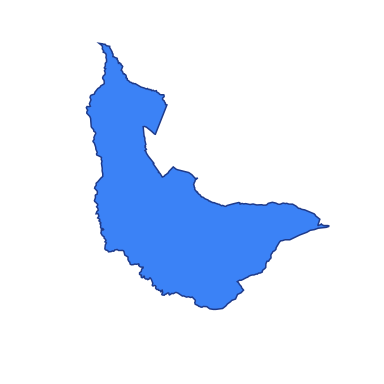 Antonio Ante, Imbabura, Ecuador, rotated 291°
{"feature_id": "8360857B41675882344987", "entity_name": "Antonio Ante", "entity_type": "district", "adm_level": 2, "iso_a3": "ECU", "parent_name": "Ecuador", "parent_adm1": "Imbabura", "projection": "albers", "projection_center": [-78.197, 0.328], "detail": "fine", "context": "isolated", "style": "filled", "palette": "blue", "viewbox_px": 384, "rotation_deg": 291, "n_neighbors": 0, "source": "geoboundaries", "source_scale": "gbopen_adm2", "svg_char_len": 5945}
<svg xmlns="http://www.w3.org/2000/svg" viewBox="0 0 384 384"><g transform="rotate(291 192 192)"><path d="M209.4,331.9L209.4,330.9L207.9,327.1L208.0,325.2L208.5,324.2L207.4,323.5L205.9,321.8L206.2,321.4L212.4,321.1L214.1,315.8L214.7,315.3L215.4,313.9L215.7,303.7L215.1,300.4L215.4,298.9L214.9,297.3L216.1,294.3L216.7,290.3L215.4,286.8L215.4,284.5L214.7,283.4L214.3,281.0L212.0,278.5L211.5,276.8L211.7,274.3L211.2,270.7L208.7,267.2L206.9,266.4L206.2,265.5L205.3,263.4L205.1,261.6L203.1,257.1L202.7,253.3L201.1,250.7L200.4,246.3L199.4,244.5L199.3,242.9L198.1,241.4L198.1,240.8L199.0,240.6L199.0,239.5L195.8,234.8L192.0,229.6L190.8,228.8L190.4,227.8L190.5,225.5L189.8,224.4L190.0,222.8L190.3,222.2L189.9,220.1L190.1,219.5L189.9,218.9L190.0,216.5L189.4,214.8L189.7,214.1L189.6,212.5L190.0,211.9L189.7,211.0L190.3,209.8L190.3,206.8L191.1,204.1L190.8,202.6L191.3,202.1L191.3,201.6L192.1,200.8L192.4,200.0L192.3,199.4L193.0,197.9L193.6,197.5L193.5,196.8L194.1,196.6L194.2,195.7L195.4,193.6L196.9,193.1L197.5,192.2L198.2,192.0L199.6,190.8L200.4,190.9L201.6,190.7L202.7,191.0L204.3,190.7L207.2,192.4L206.4,191.5L205.9,190.0L208.1,185.7L209.0,182.0L207.6,170.5L207.6,169.1L208.7,165.5L203.0,163.1L201.2,162.9L200.7,162.4L199.3,161.8L198.3,160.9L196.6,160.3L195.3,158.9L197.9,155.5L198.3,153.8L198.8,154.0L204.4,145.7L205.2,146.1L209.8,138.3L212.0,135.4L213.2,134.5L213.8,133.2L215.4,134.2L217.1,132.0L217.8,132.3L218.4,131.6L219.8,131.9L223.4,129.4L225.4,128.7L226.9,127.5L226.8,127.3L235.5,123.0L236.2,124.3L236.2,126.2L234.3,132.2L232.7,136.2L232.8,137.1L265.0,137.4L264.1,137.0L264.1,136.0L265.5,135.2L266.3,134.0L267.1,133.4L267.8,131.4L269.0,130.9L271.0,131.8L272.5,131.1L272.6,130.6L271.7,128.3L271.6,126.8L272.4,125.4L272.7,123.3L273.8,122.4L273.0,121.3L272.8,120.6L273.1,119.2L272.2,118.3L272.9,116.9L272.4,116.3L272.6,115.5L272.1,114.4L272.7,113.4L271.8,112.3L272.0,110.4L271.7,106.8L272.8,100.3L272.3,98.8L272.5,98.2L272.0,97.6L272.5,96.4L272.4,94.3L273.1,93.2L273.4,91.4L274.7,90.9L275.0,90.2L275.0,89.4L276.0,89.4L277.2,88.6L277.7,87.8L277.7,86.9L278.1,86.5L277.7,85.6L279.8,83.7L280.2,82.3L284.4,82.3L285.0,81.3L285.3,80.4L286.1,79.8L286.0,79.0L286.7,78.3L286.8,77.9L285.9,77.2L288.2,75.7L288.9,74.5L289.5,74.6L290.0,74.2L290.0,71.5L290.3,70.6L290.1,69.6L291.2,69.4L292.6,68.7L293.0,67.8L294.0,67.5L294.4,66.7L295.0,66.3L297.4,63.3L298.5,63.0L297.9,59.7L298.8,57.8L298.3,56.8L298.3,55.5L297.5,52.0L296.5,55.2L296.0,55.9L294.8,56.7L293.5,56.9L291.9,59.1L291.0,58.9L290.6,59.1L290.8,60.0L290.3,61.8L289.1,62.9L286.6,63.5L285.5,64.5L282.9,65.6L281.1,64.9L278.3,66.0L276.5,65.6L276.2,65.9L276.1,67.2L273.8,66.8L272.5,68.1L271.1,68.6L270.3,68.5L268.4,67.6L266.6,67.6L265.8,68.1L264.6,70.0L261.9,71.2L261.0,70.9L258.4,68.8L256.8,68.5L254.8,67.0L250.4,65.6L249.0,65.8L248.4,65.7L246.3,63.2L245.6,62.8L243.8,62.9L241.8,64.7L237.6,64.6L235.6,66.4L234.8,65.3L234.2,63.4L233.0,63.1L232.2,63.7L231.1,65.3L229.6,65.1L228.4,65.3L227.8,65.6L226.0,69.4L224.5,70.9L216.9,74.5L216.3,75.1L215.0,77.7L213.5,78.6L213.2,80.2L212.6,80.9L211.9,81.2L210.2,80.9L207.6,80.9L206.2,81.9L204.4,81.3L203.6,81.5L202.6,83.3L199.5,85.9L197.4,87.0L195.4,89.0L194.8,89.4L193.4,89.2L192.8,89.5L192.4,89.9L192.2,93.4L191.8,95.1L189.8,95.6L188.6,96.9L186.3,97.2L182.0,99.7L179.6,100.5L177.0,102.2L174.5,103.1L172.5,102.0L167.6,100.3L166.2,99.5L165.7,99.4L163.9,100.2L162.1,99.6L160.6,99.7L159.0,103.0L158.1,103.7L155.9,104.2L155.0,103.2L154.3,102.9L152.0,103.9L148.9,104.0L148.2,104.7L148.1,105.5L147.2,107.1L146.9,108.2L146.3,108.6L145.6,108.7L144.0,108.2L143.2,109.8L141.4,111.0L139.8,110.2L137.3,110.2L138.0,111.8L137.6,112.6L136.0,113.7L134.0,113.2L133.5,115.5L132.5,116.0L131.7,115.5L130.7,117.8L130.2,118.0L129.6,117.5L129.3,117.6L128.4,118.7L126.3,119.2L125.7,120.1L124.7,120.7L124.7,121.0L125.9,121.7L125.4,122.9L124.9,122.8L123.9,121.4L123.3,121.1L122.1,121.6L121.1,121.6L119.2,123.9L118.7,126.0L117.4,126.5L117.1,127.5L116.1,129.0L114.3,128.6L114.2,129.7L113.8,130.3L111.6,130.0L107.8,131.0L107.3,131.5L107.0,132.1L107.1,134.3L106.2,135.5L107.4,137.9L108.4,138.8L108.7,140.2L110.4,140.8L110.8,141.8L111.5,142.6L111.1,144.4L112.6,148.2L112.6,148.9L112.1,149.8L109.1,151.8L108.3,155.6L105.9,156.5L104.5,158.1L104.3,158.9L102.4,160.3L102.4,161.7L103.2,163.3L104.2,164.4L104.6,166.1L105.8,168.0L105.4,168.5L104.3,168.6L103.7,169.9L103.6,171.1L104.3,173.3L103.7,173.6L102.8,173.0L101.8,172.7L99.7,173.1L97.8,172.0L96.4,172.5L96.1,173.5L96.3,174.5L95.0,174.8L94.1,175.4L94.2,176.4L94.8,176.9L95.8,176.8L96.2,177.7L95.9,177.9L95.3,177.5L94.4,179.2L94.2,179.9L94.7,181.2L94.3,182.0L95.1,183.0L96.6,183.3L96.8,184.0L95.4,185.8L92.8,188.1L90.7,188.3L90.3,188.8L90.4,189.5L91.2,190.3L91.4,191.4L90.9,192.2L89.3,192.4L88.9,192.9L88.4,194.2L88.9,195.3L88.3,196.0L88.6,197.7L87.6,198.6L87.7,198.9L89.5,199.1L89.7,199.4L87.6,200.7L85.7,200.4L85.2,201.1L85.7,203.1L86.8,203.5L87.4,204.4L88.7,205.2L89.2,205.9L89.2,206.6L88.0,207.4L87.9,208.0L90.1,209.5L90.4,211.0L92.3,212.6L92.6,213.4L92.6,215.1L91.4,220.3L92.0,221.5L91.9,224.5L93.0,226.3L93.0,228.4L94.0,229.9L92.2,233.8L91.4,234.2L89.8,234.2L88.4,235.2L88.1,238.3L87.7,239.5L88.0,240.3L87.7,241.0L88.0,242.6L89.2,243.6L90.3,246.9L89.3,250.4L90.0,253.8L91.1,256.6L94.2,262.3L97.7,264.4L100.2,265.2L103.4,267.3L105.0,267.9L107.7,271.0L112.7,271.2L115.5,273.9L118.9,275.3L120.3,272.8L121.5,271.8L122.8,269.3L123.8,268.2L124.5,266.4L126.7,268.0L127.1,269.4L128.6,270.9L131.6,273.5L132.4,274.5L133.7,275.2L135.4,276.9L136.4,278.5L136.7,279.5L138.4,281.4L138.8,282.5L140.0,283.1L141.1,285.2L141.7,285.4L142.5,286.3L144.0,285.9L146.8,287.5L148.0,287.9L151.4,286.7L154.2,286.8L154.9,288.3L157.2,288.7L158.0,289.3L159.0,289.3L161.2,288.3L162.8,288.3L163.7,288.7L165.4,288.9L166.7,290.1L168.5,290.9L170.3,290.5L171.2,290.7L176.5,291.6L178.2,292.3L179.1,294.0L180.7,295.9L182.5,300.5L190.4,307.9L195.6,313.7L198.6,316.1L200.8,319.8L203.5,322.9L207.1,330.0L208.8,332.0L209.4,331.9Z" fill="#3b82f6" stroke="#1e3a8a" stroke-width="1.5"/></g></svg>